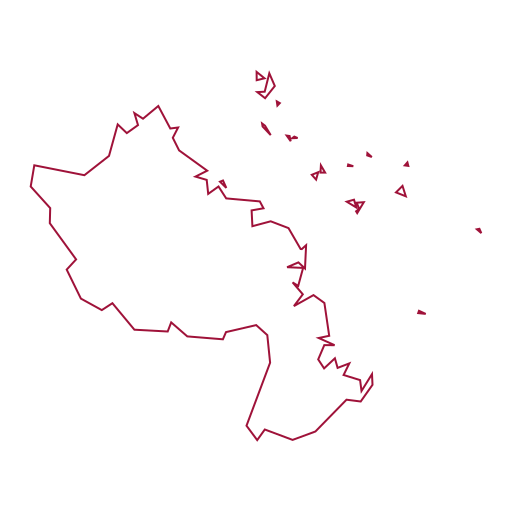 the district of Mackay, Queensland, Australia
{"feature_id": "25037944B90195923531970", "entity_name": "Mackay", "entity_type": "district", "adm_level": 2, "iso_a3": "AUS", "parent_name": "Australia", "parent_adm1": "Queensland", "projection": "mercator", "projection_center": [149.075, -21.082], "detail": "medium", "context": "isolated", "style": "outline", "palette": "rose", "viewbox_px": 512, "rotation_deg": 0, "n_neighbors": 0, "source": "geoboundaries", "source_scale": "gbopen_adm2", "svg_char_len": 1926}
<svg xmlns="http://www.w3.org/2000/svg" viewBox="0 0 512 512"><path d="M360.7,401.5L372.5,384.8L372.0,374.1L361.5,391.0L360.1,380.1L343.6,375.0L349.3,363.4L337.6,367.9L334.9,358.3L324.1,368.4L318.2,359.4L324.3,345.1L334.6,345.2L318.7,338.0L329.2,335.8L324.4,303.0L313.5,295.1L293.9,306.1L302.8,294.3L292.6,282.4L298.2,285.9L303.1,267.9L287.1,267.2L298.4,262.4L305.0,268.5L306.1,245.2L301.8,249.1L300.6,249.0L288.5,228.1L270.7,221.3L252.4,226.2L251.6,210.4L263.5,208.3L259.8,201.4L226.2,198.4L218.5,186.5L208.2,193.9L206.7,179.9L195.5,176.6L207.2,170.7L179.1,150.4L172.8,137.8L178.1,127.5L170.3,128.5L158.3,106.0L143.0,118.7L134.4,113.1L138.0,125.1L126.8,133.1L117.7,124.4L109.0,155.9L84.4,175.2L34.3,165.3L30.7,186.5L50.2,208.1L49.8,223.2L76.1,259.4L66.7,269.6L80.9,298.6L101.8,310.1L112.4,303.2L134.4,329.7L167.7,331.5L171.2,322.4L187.3,336.4L222.9,339.3L226.0,332.1L256.2,325.1L267.3,335.1L270.1,362.7L246.5,425.7L257.2,440.1L264.8,429.5L292.6,439.9L315.4,431.5L346.5,399.7L360.7,401.5ZM265.1,98.2L274.8,86.0L269.3,73.3L264.7,91.7L257.3,92.1L265.1,98.2ZM405.8,196.3L402.5,185.9L396.0,192.4L405.8,196.3ZM359.2,208.9L356.1,211.3L357.2,213.1L363.8,202.2L356.7,202.7L359.2,208.9ZM256.6,71.9L256.7,80.2L264.5,78.3L256.6,71.9ZM346.8,201.7L356.3,207.5L354.0,199.7L346.8,201.7ZM320.9,165.4L320.5,172.6L325.1,172.6L320.9,165.4ZM418.2,313.1L425.7,313.9L419.0,310.8L418.2,313.1ZM220.0,181.7L226.3,187.9L223.0,180.5L220.0,181.7ZM316.1,179.6L318.2,172.2L311.8,174.8L316.1,179.6ZM286.7,135.6L290.7,141.2L289.6,136.0L286.7,135.6ZM270.7,135.1L265.0,125.7L262.1,123.5L262.6,126.5L270.7,135.1ZM292.2,138.2L297.6,138.0L294.3,136.6L292.2,138.2ZM476.9,229.3L481.3,233.1L479.4,228.8L476.9,229.3ZM276.8,101.4L277.4,105.6L279.8,103.1L276.8,101.4ZM353.3,166.2L348.2,164.5L347.9,166.0L353.3,166.2ZM367.2,155.4L371.8,157.0L367.4,153.1L367.2,155.4ZM404.8,165.4L408.3,165.9L407.4,162.4L404.8,165.4Z" fill="none" stroke="#9f1239" stroke-width="2"/></svg>